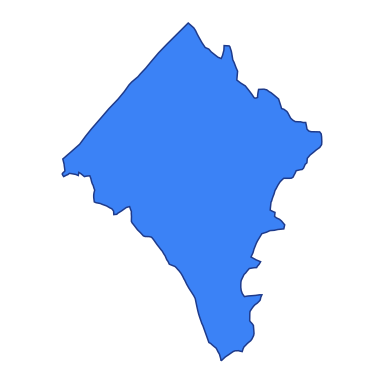 the district of Telafar, Ninawa, Iraq
{"feature_id": "34846034B27680259981934", "entity_name": "Telafar", "entity_type": "district", "adm_level": 2, "iso_a3": "IRQ", "parent_name": "Iraq", "parent_adm1": "Ninawa", "projection": "mercator", "projection_center": [42.455, 36.523], "detail": "fine", "context": "isolated", "style": "filled", "palette": "blue", "viewbox_px": 384, "rotation_deg": 0, "n_neighbors": 0, "source": "geoboundaries", "source_scale": "gbopen_adm2", "svg_char_len": 3871}
<svg xmlns="http://www.w3.org/2000/svg" viewBox="0 0 384 384"><path d="M242.2,351.6L243.1,348.8L244.0,346.9L244.9,346.0L246.2,344.7L247.2,343.6L248.7,342.3L250.7,340.7L251.9,339.1L253.6,335.6L254.0,333.6L253.8,330.3L253.4,325.4L252.1,323.6L250.2,321.6L249.7,320.6L249.8,313.2L250.0,311.4L250.9,310.0L251.8,308.6L253.5,306.3L254.9,304.8L257.3,303.1L259.4,301.0L260.2,300.0L260.8,297.3L261.9,294.8L259.6,294.8L255.5,295.4L247.8,296.0L244.4,296.6L242.3,293.6L241.2,290.5L240.8,287.5L240.8,284.4L240.9,282.3L241.2,280.5L242.4,277.9L243.4,275.8L244.1,274.4L245.6,273.0L247.3,270.8L249.3,268.5L252.3,268.0L254.2,267.7L256.6,267.6L257.5,266.1L259.1,264.3L260.6,261.7L256.0,259.8L251.0,257.0L253.0,252.7L254.0,249.1L256.3,243.3L257.5,240.9L261.0,235.1L261.8,233.7L266.5,232.2L270.0,230.6L274.3,230.3L277.8,229.5L283.8,228.9L284.7,224.8L281.5,221.0L279.5,219.3L276.5,217.9L274.6,216.5L275.0,212.4L272.9,211.5L270.2,210.1L270.4,207.9L271.0,202.2L271.6,201.1L272.3,198.6L273.0,196.6L274.0,194.1L274.8,191.2L275.0,190.5L276.1,188.7L277.8,185.4L279.5,182.7L280.3,181.6L282.6,179.3L283.8,178.3L286.0,178.3L287.6,178.3L289.8,178.3L291.6,178.1L293.2,177.0L293.8,175.6L295.3,172.8L296.2,170.7L297.9,170.3L300.4,169.7L302.1,169.5L303.5,168.2L305.2,164.3L306.9,162.8L307.0,161.6L307.3,158.3L310.1,155.0L313.6,152.2L316.3,149.9L319.8,147.4L321.6,144.6L321.8,141.8L321.6,136.8L321.2,133.9L319.7,131.9L311.0,131.7L308.8,131.0L307.0,129.2L306.4,125.7L305.7,122.5L305.2,122.5L303.6,122.5L303.1,122.5L300.5,121.8L300.0,121.8L299.4,121.8L298.9,121.8L295.2,121.6L292.6,120.0L290.6,118.1L287.8,112.8L286.9,111.5L285.3,110.3L283.8,109.2L281.9,108.7L281.6,108.5L280.3,104.3L280.2,104.0L278.6,99.0L273.8,94.9L270.9,92.6L269.2,91.7L266.7,89.8L265.7,89.6L264.1,89.2L263.6,89.2L258.6,89.4L258.0,92.6L257.6,95.8L257.6,97.4L256.5,97.9L255.4,98.1L255.1,98.1L254.9,98.1L254.1,97.7L251.9,94.4L251.0,93.2L250.7,92.8L249.2,90.8L245.3,85.9L240.5,82.9L236.8,80.0L237.6,71.2L236.1,67.8L234.1,62.5L232.8,59.9L232.2,56.2L231.7,53.2L231.3,51.2L229.8,46.6L229.1,45.9L224.1,45.6L223.9,50.2L222.5,55.5L221.2,58.5L217.9,57.2L211.2,51.9L208.8,49.1L205.2,47.5L201.9,42.6L198.7,36.9L197.2,34.1L195.6,30.7L193.8,27.9L191.2,25.6L188.2,23.0L167.1,44.0L158.6,52.8L154.7,57.4L150.8,62.0L145.7,68.2L140.5,73.7L138.0,76.7L131.7,82.0L129.1,84.8L124.2,91.7L117.9,99.3L108.9,108.7L101.0,117.9L91.2,129.2L85.6,136.2L79.7,144.2L70.3,152.5L62.8,159.0L64.1,164.2L64.2,165.4L64.8,169.8L64.9,171.0L64.3,171.6L62.7,173.1L62.2,174.0L62.9,175.5L63.7,176.6L66.7,175.0L67.7,174.7L69.3,173.4L70.6,173.5L72.3,173.8L75.6,174.4L78.3,175.5L78.5,174.4L78.8,172.4L80.9,173.7L83.1,175.5L84.4,176.6L86.6,176.1L89.8,175.8L90.3,177.1L90.9,178.7L91.4,180.9L92.0,182.9L92.4,184.0L93.2,185.5L94.0,188.3L94.7,190.1L94.0,192.9L93.7,195.0L93.7,197.2L94.0,199.7L94.3,201.9L96.1,202.7L100.3,203.5L102.1,204.3L106.5,205.9L108.6,207.1L110.1,208.0L111.7,208.7L112.5,209.6L113.6,211.1L113.8,214.6L116.8,214.3L117.6,213.4L121.7,210.8L126.3,207.5L128.4,206.9L129.6,206.6L130.7,209.8L131.4,211.5L131.3,213.4L131.5,216.5L131.4,220.1L131.4,221.4L132.2,223.0L132.7,223.6L132.8,223.7L134.7,226.1L137.5,229.8L140.4,232.6L143.4,235.9L145.1,236.5L149.1,236.6L151.3,237.1L152.1,237.8L153.6,239.7L156.9,244.4L161.4,250.2L162.3,251.2L163.8,253.9L165.1,255.8L166.8,259.8L168.0,261.4L169.3,264.2L175.0,266.5L176.2,267.6L176.8,268.3L177.8,269.5L178.8,270.5L180.9,273.2L182.6,276.1L184.1,279.2L184.6,279.9L185.9,282.6L186.6,284.1L188.8,288.0L193.7,295.6L195.2,298.5L196.7,305.7L197.8,310.7L198.7,314.2L199.7,317.3L201.8,323.4L202.9,325.7L208.9,342.5L210.7,343.5L212.0,344.7L214.2,346.6L216.0,348.0L216.9,349.5L217.9,351.6L219.4,354.1L220.4,357.5L220.6,358.3L221.1,360.9L221.1,361.0L221.1,360.9L224.7,357.5L225.5,356.8L229.5,354.1L233.1,351.6L234.8,350.9L235.0,350.8L238.5,350.7L239.2,350.9L239.9,351.1L242.2,351.6L242.2,351.6Z" fill="#3b82f6" stroke="#1e3a8a" stroke-width="1.5"/></svg>